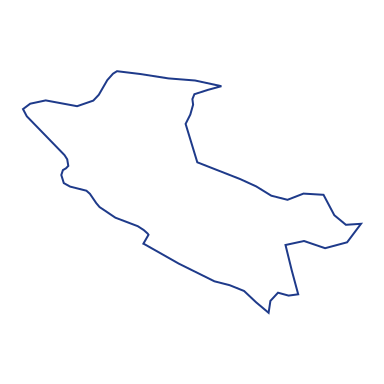 outline of Independencia
{"feature_id": "DOM-1971", "entity_name": "Independencia", "entity_type": "Province", "adm_level": 1, "iso_a3": "DOM", "parent_name": "Dominican Republic", "parent_adm1": "", "projection": "mercator", "projection_center": [-71.641, 18.41], "detail": "fine", "context": "isolated", "style": "outline", "palette": "blue", "viewbox_px": 384, "rotation_deg": 0, "n_neighbors": 0, "source": "natural_earth", "source_scale": "10m", "svg_char_len": 899}
<svg xmlns="http://www.w3.org/2000/svg" viewBox="0 0 384 384"><path d="M114.1,73.0L117.0,71.2L140.2,74.0L168.4,78.4L195.1,80.5L221.4,86.2L207.8,89.9L194.4,94.2L192.4,99.1L193.1,104.7L190.3,114.6L185.6,123.9L197.3,162.3L240.2,179.1L256.2,186.4L271.3,195.7L287.5,199.8L303.5,193.6L323.5,194.8L334.3,215.2L345.9,224.8L361.0,223.8L347.1,242.3L325.1,248.2L304.0,241.0L285.5,245.0L291.7,270.2L298.2,294.3L288.6,295.6L278.0,292.7L270.4,300.9L268.6,312.8L256.1,302.3L244.1,291.0L229.7,285.2L214.4,281.3L178.9,263.7L144.3,244.1L143.4,243.7L143.6,243.3L148.5,234.8L147.6,233.5L143.8,230.1L137.8,226.2L115.4,217.7L99.6,207.1L96.3,203.2L89.9,193.8L86.4,190.7L70.1,186.6L63.8,183.1L61.3,175.0L62.9,170.1L66.0,168.3L68.3,165.9L67.2,159.3L64.5,155.1L26.8,116.3L23.0,109.1L30.2,103.7L45.7,100.4L77.1,106.2L93.3,100.6L98.8,94.8L107.3,80.1L113.0,73.7L114.1,73.0Z" fill="none" stroke="#1e3a8a" stroke-width="2"/></svg>